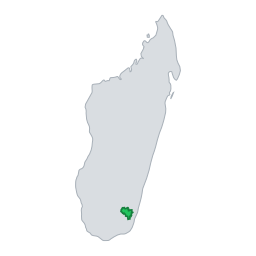 Befotaka, Atsimo-Atsinanana, Madagascar (highlighted)
{"feature_id": "10022922B11101019287712", "entity_name": "Befotaka", "entity_type": "district", "adm_level": 2, "iso_a3": "MDG", "parent_name": "Madagascar", "parent_adm1": "Atsimo-Atsinanana", "projection": "robinson", "projection_center": [46.959, -23.944], "detail": "fine", "context": "in_parent", "style": "filled", "palette": "green", "viewbox_px": 256, "rotation_deg": 0, "n_neighbors": 0, "source": "geoboundaries", "source_scale": "gbopen_adm2", "svg_char_len": 5794}
<svg xmlns="http://www.w3.org/2000/svg" viewBox="0 0 256 256"><path d="M166.8,21.2L167.4,23.0L168.2,24.7L170.6,28.7L171.7,30.3L172.6,31.9L173.0,35.2L174.5,40.4L176.0,48.1L176.4,56.0L176.8,59.7L178.0,63.1L179.8,66.6L180.4,70.6L179.3,74.6L177.6,78.5L177.2,79.2L176.4,80.2L176.0,80.1L174.7,79.1L173.6,77.5L172.3,73.7L171.8,71.8L171.2,71.5L169.6,71.6L168.5,72.8L168.3,73.6L168.5,75.7L168.9,77.7L169.1,79.6L169.1,82.1L169.6,82.9L170.2,83.5L170.8,85.1L170.9,88.9L170.5,90.9L169.4,92.6L169.5,93.5L169.9,94.4L169.5,95.0L168.0,95.7L167.4,96.4L166.6,98.1L165.2,101.5L165.0,103.3L165.8,108.7L165.6,112.5L163.9,119.8L162.9,123.3L161.6,127.5L159.5,132.9L157.4,139.8L155.6,146.8L154.3,151.1L152.8,155.3L150.8,162.6L149.1,170.1L146.6,178.4L143.1,187.6L142.7,188.8L142.0,193.5L141.2,197.6L140.2,201.6L138.3,208.3L138.0,210.3L137.6,212.3L135.7,216.5L134.9,218.1L134.4,219.7L134.1,221.8L133.5,223.8L132.1,227.6L130.1,230.8L128.7,231.9L125.7,233.6L124.2,234.0L120.8,234.0L117.5,235.0L114.1,236.8L110.8,238.9L109.6,239.9L108.2,240.5L103.9,240.6L102.6,240.2L98.2,236.7L96.5,236.1L93.3,235.6L92.4,235.3L91.5,234.9L90.2,233.1L87.6,231.5L87.0,231.0L86.6,230.0L86.4,228.8L85.7,227.6L85.2,225.1L84.4,223.4L82.0,220.4L81.7,219.4L81.5,216.2L81.6,214.1L81.3,210.1L81.6,208.2L82.4,206.6L82.1,204.7L81.2,202.8L80.8,200.9L80.2,199.1L77.7,195.8L77.1,194.2L76.7,192.6L75.7,187.4L75.6,185.6L75.7,181.8L76.0,179.9L76.6,178.5L76.8,177.5L77.2,176.6L77.7,175.9L78.1,175.1L79.0,170.3L80.2,169.2L81.9,168.6L83.3,167.3L84.1,165.6L84.9,162.1L87.1,158.6L87.9,156.7L89.6,154.0L91.2,150.0L91.6,148.2L92.0,146.3L92.4,142.2L92.7,140.1L92.6,138.1L91.7,136.0L89.5,132.2L89.4,131.5L89.6,128.6L89.4,126.6L88.6,124.6L87.6,122.6L86.6,119.0L86.1,113.1L86.2,111.0L85.9,109.1L85.1,107.2L85.6,104.1L92.0,92.6L92.2,91.2L92.0,87.7L92.1,85.7L92.3,84.9L92.8,84.5L93.9,84.2L99.1,83.7L99.8,83.4L101.1,82.4L102.9,80.5L103.7,80.0L104.4,80.2L104.8,81.0L105.4,81.4L107.5,80.6L108.3,80.6L109.1,80.7L109.5,79.9L109.8,78.9L110.1,78.1L110.6,77.7L113.3,77.5L115.1,77.2L117.3,76.5L117.8,76.6L119.6,79.2L120.1,79.5L120.8,79.6L121.4,79.1L120.0,77.7L119.8,76.9L119.8,76.0L120.6,74.1L121.9,72.7L124.8,70.5L127.9,68.0L128.7,67.8L129.5,68.2L130.1,71.2L130.0,71.7L130.5,71.7L131.0,71.4L131.5,70.2L131.6,69.2L131.2,68.2L131.0,67.4L130.9,66.6L132.5,64.9L133.7,63.2L134.2,61.2L134.7,60.2L136.0,59.2L136.4,59.3L136.7,60.2L136.8,61.1L136.5,62.0L136.0,62.9L135.9,64.1L136.6,64.3L137.3,64.0L138.2,61.9L139.4,59.8L140.0,58.8L140.9,58.1L142.3,58.2L143.7,58.7L141.4,56.5L140.9,53.6L143.6,48.6L143.6,47.5L144.0,47.2L144.1,46.8L142.8,45.1L142.5,44.2L142.7,42.9L143.4,41.8L143.9,41.0L144.8,40.7L145.5,41.1L146.9,42.5L147.9,42.7L149.2,41.4L150.1,39.7L151.6,38.6L153.3,37.8L155.9,35.2L157.5,29.7L157.7,28.0L157.3,26.1L156.7,24.2L155.7,21.9L156.0,21.4L157.4,21.7L157.9,21.4L159.4,19.3L161.9,15.4L162.7,15.4L163.5,16.1L163.7,17.2L164.2,18.0L165.9,19.8L166.8,21.2ZM149.2,36.8L149.2,37.4L147.3,37.2L147.0,35.1L148.0,35.0L148.2,34.1L148.7,34.0L149.4,35.9L149.2,36.8ZM172.3,95.9L170.7,99.0L171.2,96.4L173.1,92.7L173.6,92.4L172.3,95.9Z" fill="#d9dde1" stroke="#a8b0b8" stroke-width="1"/><path d="M122.4,208.0L122.2,208.3L122.2,208.5L122.1,208.8L121.9,208.8L121.7,208.9L121.6,209.1L121.6,209.3L121.7,209.5L121.5,209.8L121.4,209.9L121.2,209.9L121.2,210.0L121.2,210.3L121.2,210.5L121.0,210.9L121.0,211.0L120.9,211.3L120.9,211.5L121.1,211.7L121.3,211.6L121.6,211.9L121.6,212.0L121.8,212.2L122.0,212.2L122.0,212.3L122.2,212.5L122.3,212.6L122.5,212.9L122.4,213.0L122.5,213.2L122.7,213.3L122.8,213.4L123.0,213.4L123.3,213.3L123.6,213.2L123.7,213.3L123.7,213.5L123.8,213.4L123.8,213.5L124.0,213.5L124.4,213.9L124.5,213.8L124.8,214.0L125.0,214.0L125.3,214.2L125.3,214.3L125.5,214.4L125.5,214.5L125.4,214.6L125.4,214.9L125.4,215.0L125.5,215.1L125.6,215.3L125.7,215.7L125.7,215.8L125.8,216.0L125.7,216.2L125.9,216.3L126.2,216.2L126.3,216.3L126.5,216.4L126.9,216.2L127.0,216.2L127.3,216.3L127.5,216.3L127.7,216.7L127.7,216.8L127.8,217.0L127.8,217.4L127.8,217.6L127.8,217.9L127.8,218.0L128.0,218.2L127.9,218.3L127.8,218.5L127.9,218.8L127.9,219.0L128.0,219.4L128.3,219.3L128.5,219.3L128.7,219.2L128.8,219.2L129.0,219.1L129.3,219.1L129.5,218.9L129.6,218.7L129.7,218.3L129.8,218.4L129.8,218.2L130.0,218.2L130.1,217.8L130.1,217.7L130.1,217.3L130.1,217.2L129.9,216.9L129.7,216.7L129.8,216.4L129.9,216.2L130.0,216.1L130.3,215.9L130.4,216.0L130.6,216.0L130.6,215.9L130.8,215.9L130.8,215.7L131.0,215.7L131.1,215.8L131.1,215.7L131.3,215.6L131.2,215.5L131.2,215.3L131.2,215.2L131.3,215.2L131.5,214.9L131.4,214.8L131.3,214.7L131.2,214.7L131.3,214.3L131.2,214.3L131.2,214.2L131.3,214.0L131.3,213.9L131.4,213.6L131.4,213.4L131.4,213.2L131.5,213.2L131.5,212.9L131.5,212.7L131.8,212.7L131.8,212.8L132.0,212.9L132.1,212.7L132.3,212.8L132.6,212.7L132.8,212.4L132.4,212.3L132.3,212.2L132.2,212.2L132.1,211.9L132.1,211.7L131.9,211.5L131.7,211.5L131.7,211.4L131.6,211.2L131.7,210.9L131.7,210.7L131.7,210.4L131.9,210.3L131.9,210.2L132.0,209.9L131.8,209.8L131.5,209.9L131.2,209.9L131.1,210.0L130.9,210.2L130.7,210.1L130.3,210.2L130.2,209.9L129.9,209.8L129.8,210.0L129.7,210.1L129.4,210.2L129.4,210.4L129.3,210.5L129.2,210.7L129.1,210.8L128.9,210.9L128.7,210.8L128.4,210.7L128.5,210.4L128.4,210.1L128.2,210.0L127.9,210.1L128.0,210.0L128.1,209.9L128.1,209.7L128.2,209.3L128.3,209.1L128.2,209.1L127.9,209.0L127.9,208.9L128.0,208.9L127.9,208.6L128.0,208.6L128.1,208.4L128.0,208.2L128.1,207.8L128.1,207.7L127.9,207.7L127.7,207.7L127.4,207.6L127.3,207.8L127.2,207.9L127.2,208.0L126.9,208.1L126.7,208.1L126.5,208.3L126.4,208.4L126.2,208.3L126.1,208.5L125.7,208.5L125.5,208.8L125.4,208.8L125.4,208.6L125.2,208.6L124.7,208.6L124.3,208.3L124.3,208.1L124.2,208.2L123.9,208.1L123.8,207.7L123.7,207.7L123.4,207.7L123.1,207.6L122.9,207.6L122.6,207.7L122.6,207.9L122.4,207.9L122.4,208.0Z" fill="#22c55e" stroke="#15803d" stroke-width="1.5"/></svg>